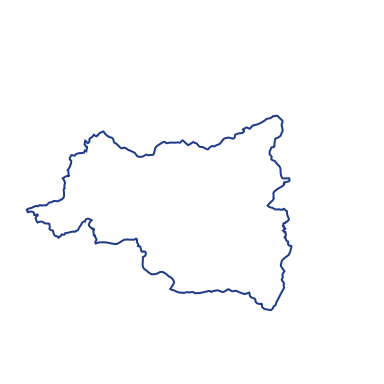 Bao Thang, Lào Cai, Vietnam (orthographic projection), rotated 302°
{"feature_id": "81297802B25560916681091", "entity_name": "Bao Thang", "entity_type": "district", "adm_level": 2, "iso_a3": "VNM", "parent_name": "Vietnam", "parent_adm1": "Lào Cai", "projection": "orthographic", "projection_center": [104.134, 22.379], "detail": "fine", "context": "isolated", "style": "outline", "palette": "blue", "viewbox_px": 384, "rotation_deg": 302, "n_neighbors": 0, "source": "geoboundaries", "source_scale": "gbopen_adm2", "svg_char_len": 5983}
<svg xmlns="http://www.w3.org/2000/svg" viewBox="0 0 384 384"><g transform="rotate(302 192 192)"><path d="M196.4,84.8L193.7,82.8L191.7,82.1L190.1,82.1L189.4,81.5L188.7,81.5L188.4,80.6L188.5,78.4L186.0,78.3L183.0,76.9L180.0,78.3L179.5,78.3L178.5,77.9L178.2,77.7L178.2,77.4L178.5,76.2L178.9,75.5L178.9,74.3L175.4,75.7L175.3,76.5L174.5,77.4L174.4,78.2L174.7,78.9L174.5,79.2L170.5,80.8L170.3,79.1L168.2,79.6L166.5,77.8L165.3,75.9L162.7,73.5L160.8,73.4L160.5,73.1L159.4,70.2L158.9,70.2L155.9,70.3L154.7,71.3L154.7,72.3L154.4,73.1L152.1,74.3L148.2,75.1L144.5,75.0L144.2,76.2L141.7,77.7L140.7,79.1L140.1,79.0L139.3,77.6L138.3,76.7L135.1,75.1L134.5,76.7L132.9,79.1L132.6,79.4L129.7,80.4L128.1,81.5L127.6,82.1L126.6,81.7L125.9,81.9L123.9,83.6L120.7,85.7L119.2,86.0L117.2,85.7L116.6,85.4L116.0,84.8L115.7,84.8L113.5,83.5L113.0,83.0L111.2,79.6L108.7,78.1L108.1,77.2L107.2,76.5L103.4,75.5L102.7,74.1L100.8,71.6L100.6,70.6L99.8,69.6L98.1,68.8L97.8,67.6L97.3,66.9L93.0,63.9L91.9,62.7L89.8,61.3L89.2,61.4L88.8,62.6L88.1,63.0L87.9,63.6L89.6,65.1L90.3,66.2L90.7,67.9L90.7,68.8L88.9,70.4L89.5,71.0L89.7,72.3L90.9,72.5L90.9,73.2L90.2,73.6L88.3,72.9L87.2,73.0L85.1,75.4L84.3,77.2L85.8,78.3L87.0,79.7L87.6,81.8L87.4,83.8L89.4,87.6L89.1,88.2L88.1,88.9L87.3,89.8L85.2,90.6L84.9,92.4L85.4,94.0L85.4,94.7L83.0,97.2L82.4,98.3L82.3,99.5L83.0,101.5L82.5,103.0L85.8,104.1L86.7,104.0L87.1,104.1L87.9,106.2L88.9,106.4L89.9,106.3L91.7,108.4L94.4,110.9L95.8,112.8L96.2,113.8L97.4,114.2L98.9,115.4L104.1,115.2L104.9,115.4L106.7,115.1L108.4,115.3L109.9,116.0L110.2,116.9L112.0,116.5L113.1,116.7L114.2,117.9L114.7,119.0L114.9,121.8L112.0,121.3L110.8,121.5L109.1,122.2L108.2,124.6L108.3,126.1L107.7,127.0L107.8,127.3L108.6,127.8L108.3,128.8L107.5,129.1L106.3,129.2L105.2,130.3L103.4,131.5L103.7,132.8L102.6,133.2L102.3,134.5L101.1,136.2L100.6,136.5L98.5,136.4L97.6,137.2L97.3,137.7L99.7,139.6L101.9,142.6L103.8,146.0L105.9,151.7L107.5,155.0L108.6,156.1L110.1,157.0L115.5,159.7L117.1,161.8L120.7,168.0L121.3,168.5L122.8,169.2L122.9,169.7L122.1,170.8L120.5,171.8L120.0,172.4L119.2,174.1L118.6,174.6L117.5,174.8L117.6,175.3L118.2,176.3L118.2,177.1L114.9,180.6L115.1,181.9L115.9,182.3L116.3,183.0L116.5,184.1L116.2,184.8L115.4,185.4L114.6,185.8L113.1,186.1L110.6,184.8L109.5,185.7L104.2,188.6L102.4,190.3L101.8,191.3L101.5,192.1L101.3,194.9L100.9,197.0L100.7,200.7L101.3,202.2L102.8,204.2L104.3,205.6L107.2,207.3L108.5,209.2L108.7,209.8L108.8,213.4L108.2,216.9L108.4,219.8L108.1,221.1L107.2,223.1L106.1,224.6L103.9,225.0L98.2,225.0L98.3,226.6L99.0,228.8L99.5,233.1L100.2,234.8L102.2,238.7L104.3,240.7L105.3,242.7L107.6,245.7L107.9,246.5L107.6,247.5L107.7,248.1L109.8,251.2L111.7,253.5L117.0,258.7L117.4,259.4L117.5,261.4L118.9,262.1L122.2,265.8L122.8,268.5L122.9,269.5L123.7,271.4L125.6,272.8L127.7,273.5L128.9,274.6L129.0,278.4L129.5,279.3L131.1,281.0L131.5,281.6L132.5,287.7L133.3,290.7L137.0,293.9L136.8,294.2L134.8,295.9L134.2,296.9L134.1,298.4L134.6,300.6L134.7,302.3L132.7,304.1L132.1,305.8L132.7,308.7L133.9,309.8L133.9,310.7L131.6,312.4L131.2,315.1L131.3,315.9L133.6,321.5L135.4,322.1L136.1,322.2L138.0,321.9L139.9,322.6L140.7,322.7L143.8,321.9L146.1,321.9L153.1,321.2L159.5,320.9L161.7,318.9L162.7,318.8L163.2,318.5L164.1,317.0L164.7,315.1L165.3,314.5L167.6,314.3L169.0,313.1L170.8,312.2L173.7,312.4L175.9,307.5L176.6,306.4L177.2,306.0L180.6,304.8L182.3,304.7L184.9,305.4L189.8,307.3L193.3,307.0L197.6,305.6L198.7,304.9L198.8,304.4L198.2,303.6L198.2,301.9L199.0,300.6L200.1,300.5L200.9,299.6L200.7,298.9L200.8,297.7L201.9,296.5L202.7,294.4L203.0,294.4L203.3,295.0L203.8,294.9L205.7,294.2L206.7,292.9L207.5,292.7L207.6,292.0L207.0,291.2L207.4,290.5L207.5,289.6L208.4,290.0L209.4,289.8L210.2,290.6L210.5,290.6L210.6,289.2L211.4,288.5L211.0,287.7L211.2,287.1L211.6,286.9L212.4,287.0L213.6,286.2L214.1,286.3L215.1,287.5L216.2,287.5L216.9,288.2L219.8,288.8L221.1,287.8L222.0,286.3L223.6,284.4L225.9,282.8L226.1,282.3L225.9,281.5L226.4,279.9L226.4,278.8L226.1,278.4L225.1,278.3L224.7,277.8L223.9,276.4L223.6,275.2L222.5,273.8L221.3,271.8L221.3,269.0L220.3,266.1L220.3,264.5L220.6,263.4L221.8,263.4L227.5,264.8L230.0,264.8L230.8,263.7L231.7,263.5L233.8,261.8L235.1,261.5L238.2,262.2L241.1,263.5L243.8,265.1L246.7,266.2L247.0,266.2L247.5,265.5L248.1,265.7L248.4,265.2L248.9,265.0L251.7,267.9L252.6,268.6L253.3,268.7L254.9,267.5L255.1,266.9L252.8,263.9L251.7,261.7L251.7,260.9L252.6,259.5L254.0,258.0L256.3,256.2L258.2,255.1L259.5,253.7L260.3,252.2L260.5,250.6L262.1,245.8L261.6,242.8L261.9,241.7L264.0,241.0L264.7,239.6L265.0,238.1L265.4,237.6L268.2,236.1L269.3,236.3L271.3,235.7L272.2,236.0L273.3,237.5L273.8,237.6L274.4,237.2L274.8,237.4L278.7,235.4L281.3,234.5L281.7,234.5L283.8,236.2L286.6,237.3L287.9,237.2L289.7,236.6L290.9,236.7L292.0,236.4L293.4,235.4L296.2,232.5L299.7,231.5L300.4,230.9L301.7,224.6L301.7,223.9L301.6,223.3L299.9,221.6L299.3,220.5L298.1,220.3L296.3,219.4L293.3,216.3L291.9,216.1L287.5,214.0L284.1,211.7L280.8,208.5L278.9,207.9L276.5,207.6L276.1,207.2L275.8,204.5L275.6,204.0L272.5,202.1L272.0,202.0L271.8,203.2L271.3,203.9L270.1,203.9L268.5,203.2L266.3,200.4L263.7,198.4L263.0,198.3L261.0,199.3L259.5,198.9L258.8,198.2L257.8,194.9L257.4,193.9L254.5,191.1L253.5,190.7L248.1,190.2L246.9,189.7L245.1,188.3L242.6,186.8L242.0,186.0L241.8,184.9L240.6,184.0L239.6,183.5L236.9,183.1L236.2,182.2L235.8,177.4L234.5,174.8L234.6,173.6L235.6,170.4L235.1,168.2L235.0,166.7L234.6,166.3L232.2,165.3L229.7,163.9L229.9,161.9L230.8,157.5L230.8,156.7L230.1,156.2L227.7,155.9L227.2,155.4L226.8,154.1L225.0,151.7L222.6,147.7L219.9,144.6L219.8,143.8L220.1,142.4L219.8,141.7L219.1,141.1L214.0,138.6L212.3,137.9L210.9,137.6L209.4,137.7L204.5,139.3L203.3,139.3L202.7,139.1L201.6,137.4L200.2,135.8L199.3,133.2L196.5,131.8L195.1,130.5L193.8,128.4L193.3,126.8L194.9,122.5L194.3,117.3L193.9,115.8L194.1,112.9L193.7,111.1L191.7,109.2L191.6,108.1L192.9,102.0L192.6,101.0L192.7,100.0L193.3,99.0L195.2,97.1L195.4,96.4L195.5,95.0L194.8,92.8L194.8,90.0L195.2,88.0L196.4,84.8Z" fill="none" stroke="#1e3a8a" stroke-width="2"/></g></svg>